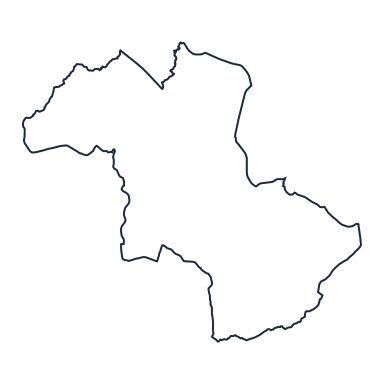 the district of Rolea B'ier, Kâmpóng Chhnang, Cambodia
{"feature_id": "14789045B85845272815349", "entity_name": "Rolea B'ier", "entity_type": "district", "adm_level": 2, "iso_a3": "KHM", "parent_name": "Cambodia", "parent_adm1": "Kâmpóng Chhnang", "projection": "robinson", "projection_center": [104.575, 12.211], "detail": "fine", "context": "isolated", "style": "outline", "palette": "slate", "viewbox_px": 384, "rotation_deg": 0, "n_neighbors": 0, "source": "geoboundaries", "source_scale": "gbopen_adm2", "svg_char_len": 5851}
<svg xmlns="http://www.w3.org/2000/svg" viewBox="0 0 384 384"><path d="M25.5,118.1L23.7,120.8L23.1,122.8L23.0,125.1L23.2,126.2L23.4,127.1L24.1,127.7L24.6,128.7L24.7,130.1L24.6,136.4L24.0,140.0L24.2,141.8L24.9,143.5L29.3,150.1L30.1,151.2L31.6,152.3L33.9,152.5L35.7,152.2L42.2,150.7L48.2,148.9L52.3,148.1L59.2,146.3L61.2,145.9L66.2,145.4L67.3,145.7L68.6,146.3L76.8,151.2L79.6,153.1L80.4,153.5L80.9,153.3L83.4,154.5L86.3,155.2L86.9,155.2L88.5,154.5L93.1,151.0L93.7,149.5L95.3,146.8L96.4,145.9L97.2,146.1L102.3,150.5L103.6,151.1L106.8,151.1L108.0,152.3L108.7,152.4L111.1,151.8L112.1,152.3L112.8,150.2L113.8,149.3L114.5,149.6L114.9,151.5L114.0,153.4L113.3,156.1L113.1,157.4L113.8,159.9L113.8,163.3L113.3,166.3L113.3,167.0L113.7,167.9L114.5,168.7L116.5,169.9L117.2,170.8L118.9,175.0L120.1,176.7L122.8,177.9L123.4,179.2L124.0,181.6L124.1,185.7L123.1,186.1L122.2,187.6L121.7,188.7L121.9,190.0L123.9,191.7L125.6,192.4L127.8,194.2L128.8,196.0L129.3,199.2L129.4,200.8L129.1,202.9L125.6,207.3L125.0,208.4L124.1,211.7L123.9,214.4L124.2,215.9L125.4,219.2L125.5,220.6L124.6,222.6L122.3,225.5L121.2,228.1L120.9,229.7L121.5,235.0L121.8,236.1L123.4,238.7L123.9,240.0L123.8,243.9L121.1,244.2L121.1,247.7L121.3,250.9L122.2,257.4L122.6,258.3L123.1,259.2L124.4,259.9L129.3,260.9L134.6,259.1L140.9,257.6L143.4,257.1L145.6,257.2L152.3,259.6L155.4,260.9L157.0,261.3L157.3,260.8L159.0,255.2L159.2,253.7L160.4,251.0L161.9,245.9L162.3,245.4L163.5,245.4L165.0,246.3L167.1,248.1L169.2,248.9L171.1,249.4L172.0,250.2L174.0,252.6L174.7,253.1L176.0,254.0L179.2,255.3L180.5,256.2L183.6,260.9L185.1,261.3L192.6,261.7L195.3,262.5L198.6,266.7L199.6,267.7L200.7,268.1L201.0,269.0L202.7,270.7L206.7,273.3L208.1,273.6L208.5,274.0L210.5,276.6L212.0,282.5L212.1,283.9L211.3,285.5L208.6,288.3L208.5,289.5L209.2,293.4L209.8,295.1L210.0,299.7L210.7,302.4L210.4,303.9L211.9,307.6L211.9,314.0L212.4,316.1L212.9,320.8L213.1,323.6L212.9,329.7L213.5,333.6L212.0,336.6L213.1,337.8L215.0,338.9L216.6,340.1L217.8,341.5L218.8,341.5L219.4,340.9L220.3,339.5L221.8,340.1L224.0,339.2L225.4,339.5L225.9,339.4L226.9,339.6L227.5,339.1L228.0,338.4L229.0,338.1L230.7,336.1L231.5,335.9L232.9,336.1L235.2,335.2L236.6,336.2L238.3,336.8L240.2,338.1L240.7,338.3L241.9,338.0L242.7,338.4L243.1,338.9L245.1,339.5L246.1,340.2L247.2,340.1L250.8,338.6L251.9,338.5L253.3,338.0L255.6,337.1L258.1,335.7L258.9,335.5L264.3,331.6L266.4,330.5L267.2,329.5L268.0,329.2L269.3,329.2L270.4,329.9L271.5,330.1L272.5,329.5L273.2,329.5L274.2,328.5L275.5,327.7L276.9,327.6L277.4,327.1L278.8,326.8L279.8,327.2L280.4,327.1L281.2,326.1L281.7,326.1L282.4,326.6L283.2,327.9L283.9,328.1L284.5,328.9L285.7,328.9L288.0,327.6L291.3,327.1L292.4,325.5L294.0,324.0L296.9,323.1L298.3,322.0L300.2,321.8L300.6,321.3L301.4,318.8L305.0,316.6L304.9,314.4L305.4,312.9L305.5,312.0L306.8,311.2L309.2,311.3L309.8,311.1L314.2,308.8L317.3,306.2L318.5,304.6L320.0,299.2L321.2,298.6L322.5,295.4L318.1,292.2L319.2,285.0L319.6,283.7L320.3,282.5L321.4,281.3L325.2,279.5L329.5,275.6L332.8,270.4L334.8,268.3L339.4,264.1L344.9,260.7L346.9,259.8L349.2,257.4L353.3,254.0L355.4,251.5L357.5,249.7L359.8,247.1L361.0,245.0L360.2,237.2L358.5,225.6L358.6,224.5L358.2,224.0L356.5,223.8L352.5,226.1L349.3,226.7L347.8,226.7L342.2,224.8L339.8,223.1L335.6,219.2L333.4,217.6L328.2,212.7L324.6,207.1L324.2,206.9L322.0,207.3L319.9,206.9L317.6,204.7L312.1,201.9L305.1,197.2L297.2,194.4L295.7,193.1L294.6,192.6L292.9,194.3L291.4,194.7L290.1,194.7L288.6,193.9L286.5,192.1L285.0,189.4L284.6,187.9L284.6,186.8L283.0,185.9L283.8,183.9L283.3,183.3L283.5,181.7L284.2,181.0L285.1,178.3L283.4,179.1L277.6,179.1L275.4,179.9L273.8,181.3L271.8,182.0L260.5,183.4L259.3,184.0L256.1,186.4L254.7,185.8L251.7,183.5L250.7,182.1L248.7,178.7L247.3,175.9L246.8,172.5L246.8,158.0L245.4,153.5L238.8,144.7L236.4,142.0L236.0,140.9L235.7,137.7L235.2,137.2L235.1,136.6L235.1,135.3L238.6,118.8L245.1,92.9L246.7,90.2L251.3,85.5L249.7,78.3L249.1,76.2L248.2,74.1L245.8,70.6L242.9,67.2L241.3,65.7L239.4,65.0L234.6,64.1L230.7,63.1L228.3,62.2L219.0,58.9L205.4,52.8L201.4,54.3L199.5,54.5L194.8,54.4L192.8,53.7L189.4,51.0L187.6,48.9L184.4,43.6L183.8,43.0L183.2,42.9L181.9,43.5L181.4,43.3L181.0,42.6L180.6,42.5L179.4,43.8L179.2,45.5L178.3,46.5L178.4,47.3L179.6,48.2L178.9,49.4L178.3,49.7L177.4,49.3L176.6,50.1L176.1,51.3L175.3,50.5L174.3,50.7L174.8,51.5L174.4,51.9L174.4,52.6L175.1,53.1L174.6,54.3L174.5,55.5L175.4,56.1L175.8,57.2L176.2,57.4L176.3,58.0L176.1,59.7L175.3,60.1L175.2,62.1L174.7,62.7L174.9,63.4L175.5,64.0L175.0,65.1L175.1,66.2L174.2,66.8L173.9,67.6L173.4,68.0L172.8,69.2L170.6,70.2L170.6,71.2L171.8,71.6L172.3,73.0L173.9,73.8L173.8,74.3L171.5,76.1L169.3,76.9L168.4,78.5L166.6,79.7L164.7,80.4L164.2,81.3L163.7,81.8L162.2,82.2L161.9,82.7L162.8,84.4L163.3,86.6L162.5,88.8L161.8,88.6L146.2,72.0L142.7,68.6L137.3,63.9L120.4,50.4L119.9,51.3L120.1,54.2L119.0,55.9L118.5,56.2L118.3,56.6L117.6,57.0L117.7,58.0L117.5,58.4L116.8,58.2L114.2,59.2L112.9,59.1L111.9,59.8L111.6,60.6L110.2,61.3L109.3,62.4L107.2,64.7L106.4,66.4L105.3,67.2L104.0,67.3L102.7,66.5L102.3,66.8L102.0,67.6L101.1,67.8L101.1,68.5L101.5,68.8L101.2,69.3L99.6,70.2L99.2,69.5L98.0,68.7L97.2,69.0L95.0,69.1L94.4,69.3L93.8,70.2L92.9,70.7L90.1,70.4L89.6,70.6L88.5,70.2L87.5,69.3L87.0,67.6L86.6,67.1L86.1,66.8L84.3,66.9L82.1,64.6L81.5,64.4L80.2,64.5L77.8,64.1L76.7,64.2L75.5,65.8L74.8,66.5L74.3,66.6L74.0,67.1L74.2,67.8L73.0,71.1L71.3,72.0L70.7,73.2L69.8,74.0L69.5,74.5L69.6,75.2L69.4,75.7L67.6,76.5L66.0,78.8L65.6,79.1L64.1,79.3L63.3,80.5L64.2,83.6L62.9,84.0L61.8,85.2L60.2,85.6L59.3,86.6L58.4,86.8L57.7,87.2L56.5,86.9L55.6,87.0L55.0,87.4L54.1,87.6L53.3,92.0L51.9,96.7L51.4,96.7L49.9,99.0L48.7,102.1L46.2,104.5L45.0,107.3L44.5,107.3L44.4,108.6L43.9,109.7L43.3,110.2L39.9,111.6L38.7,111.5L38.2,110.8L36.1,110.9L34.7,113.6L33.2,114.7L33.2,115.5L32.7,116.2L31.5,116.8L30.6,117.7L29.9,118.0L26.1,117.7L25.5,118.1Z" fill="none" stroke="#1e293b" stroke-width="2"/></svg>